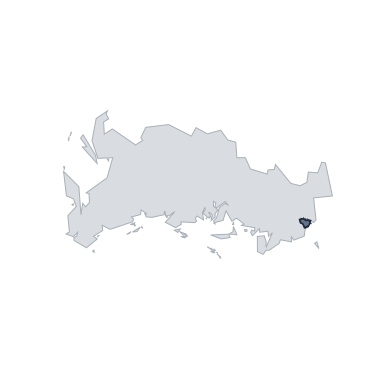 Smolensk on a map of Russia (Albers equal-area conic projection), rotated 240°
{"feature_id": "RUS-2343", "entity_name": "Smolensk", "entity_type": "Region", "adm_level": 1, "iso_a3": "RUS", "parent_name": "Russia", "parent_adm1": "", "projection": "albers", "projection_center": [33.375, 54.744], "detail": "fine", "context": "in_parent", "style": "filled", "palette": "slate", "viewbox_px": 384, "rotation_deg": 240, "n_neighbors": 0, "source": "natural_earth", "source_scale": "10m", "svg_char_len": 6235}
<svg xmlns="http://www.w3.org/2000/svg" viewBox="0 0 384 384"><g transform="rotate(240 192 192)"><path d="M303.6,145.8L304.5,159.3L302.5,156.6L297.0,156.4L296.9,150.5L285.9,144.9L286.5,154.5L261.0,166.6L261.3,175.1L264.6,174.8L271.1,184.3L262.1,205.4L240.7,219.4L245.7,227.7L234.7,234.3L231.2,247.7L219.0,249.0L213.3,254.8L199.2,248.0L195.0,255.4L182.8,254.1L169.9,266.1L173.1,268.9L170.3,274.5L174.1,278.0L150.0,281.9L143.4,288.7L142.9,296.3L151.1,302.7L145.8,310.4L152.9,319.3L150.4,322.1L118.4,311.6L126.1,294.3L105.8,285.5L104.8,282.0L108.1,280.5L104.3,272.3L97.7,267.1L99.4,256.1L103.5,255.7L99.1,253.2L106.4,244.7L103.8,241.5L103.0,229.8L104.5,227.1L102.5,222.4L107.7,218.9L120.9,226.4L117.9,232.7L111.3,231.2L108.9,229.3L107.3,229.0L116.5,241.2L115.3,236.2L120.1,238.1L123.3,230.5L126.5,232.0L123.9,222.5L127.7,222.6L129.2,224.6L126.9,226.7L129.7,228.5L138.3,218.2L138.3,220.9L147.1,217.6L146.7,211.9L158.7,212.1L151.9,204.7L154.2,196.2L156.0,196.0L157.2,200.2L164.8,207.9L165.7,215.1L162.1,216.7L167.2,216.0L165.9,205.6L167.3,204.1L170.6,207.1L173.1,206.1L168.8,203.4L163.7,205.6L161.6,201.1L158.6,199.4L157.8,194.3L161.8,198.0L165.3,197.0L166.0,196.4L160.8,196.0L162.4,192.8L168.4,190.9L170.0,194.8L172.1,195.3L168.9,190.7L162.0,188.0L168.6,184.4L167.7,181.9L164.3,181.3L164.1,179.1L171.7,167.4L169.4,166.7L169.3,160.1L179.1,153.7L183.6,167.5L183.0,160.1L184.7,157.3L188.1,158.7L188.8,158.8L189.0,158.4L186.3,156.6L190.0,144.7L193.4,139.9L196.9,140.4L195.4,142.0L201.9,139.0L198.2,136.2L200.7,127.0L197.7,127.9L195.9,125.7L200.6,102.4L208.2,97.5L203.3,95.4L202.9,84.6L198.7,86.4L196.5,72.7L209.0,65.6L211.6,66.9L211.3,70.1L214.3,72.8L212.7,66.9L218.6,61.9L218.8,65.9L233.5,72.6L237.4,84.6L245.4,85.9L251.4,81.3L274.1,91.1L253.2,96.7L227.7,84.4L236.9,91.7L232.3,92.5L234.3,98.0L242.0,102.0L244.2,99.9L246.7,125.4L261.3,140.5L268.2,127.3L286.5,131.1L303.6,145.8ZM145.4,186.8L137.2,202.6L133.5,202.2L136.8,193.8L145.4,186.8ZM264.1,124.1L285.8,119.5L283.8,123.5L294.4,122.4L296.0,126.3L272.1,126.8L264.1,124.1ZM132.5,209.5L137.1,203.1L137.1,207.6L141.4,210.6L132.5,209.5ZM187.5,129.7L185.2,124.6L187.1,120.4L187.5,129.7ZM158.7,163.1L164.1,161.4L158.9,165.5L158.7,163.1ZM155.9,162.6L159.1,160.1L156.2,165.0L155.9,162.6ZM164.1,159.5L167.8,157.6L165.9,163.5L164.1,159.5ZM188.2,119.4L187.4,116.9L188.0,114.2L188.2,119.4ZM79.5,273.6L86.3,272.5L86.3,275.2L79.5,273.6ZM123.5,183.5L125.7,182.5L121.5,184.5L123.5,183.5ZM192.6,125.3L194.7,122.4L194.0,127.0L192.6,125.3ZM133.3,218.8L131.8,220.8L130.6,220.0L131.2,218.1L133.3,218.8ZM127.6,181.6L129.5,180.5L130.7,180.7L127.6,181.6ZM134.3,179.1L133.8,180.5L132.2,180.7L132.3,179.9L134.3,179.1ZM136.3,178.4L134.6,179.0L136.8,177.7L136.3,178.4ZM143.5,210.9L145.3,213.0L143.0,211.8L143.5,210.9ZM158.4,164.3L157.9,165.8L156.6,166.0L158.4,164.3ZM128.4,180.0L130.8,178.9L130.2,179.9L128.4,180.0ZM190.3,76.2L190.8,77.9L188.7,77.2L190.3,76.2ZM121.4,183.3L123.1,183.3L119.8,184.0L121.4,183.3ZM153.9,195.3L152.2,196.6L153.8,195.2L153.9,195.3ZM182.4,157.4L184.1,157.3L182.6,158.3L182.4,157.4ZM200.1,87.4L201.2,88.6L200.9,89.5L200.1,87.4ZM131.7,181.6L130.4,181.7L132.4,181.3L131.7,181.6ZM130.7,179.8L131.6,180.2L130.1,180.3L130.7,179.8ZM297.7,110.7L299.3,111.3L301.5,113.3L297.7,110.7ZM129.6,182.3L130.7,182.7L129.6,183.0L129.6,182.3ZM162.1,192.6L161.3,194.1L160.9,194.2L162.1,192.6ZM241.0,81.7L241.0,83.5L239.8,82.2L241.0,81.7ZM191.3,125.4L192.4,126.1L191.5,126.4L191.3,125.4ZM260.5,135.3L262.6,135.1L262.0,136.2L260.5,135.3ZM275.2,92.5L278.2,93.7L277.4,94.3L275.2,92.5ZM127.8,183.0L126.8,183.6L126.4,183.5L127.8,183.0ZM161.6,190.4L162.0,191.5L161.6,191.4L161.6,190.4ZM186.5,130.5L187.1,131.3L185.7,130.9L186.5,130.5ZM303.7,117.2L301.4,114.2L304.2,117.2L303.7,117.2Z" fill="#d9dde1" stroke="#a8b0b8" stroke-width="1"/><path d="M104.4,274.4L104.4,274.2L104.4,273.9L104.2,273.7L104.0,273.4L104.1,273.2L104.3,273.0L104.3,272.9L104.2,272.8L104.2,272.7L104.3,272.6L104.3,272.4L104.3,272.2L104.5,271.9L104.6,271.7L104.9,271.7L105.0,271.8L105.0,271.7L105.2,271.8L105.3,271.7L105.4,271.8L105.5,271.8L105.5,271.7L105.8,271.7L106.0,271.7L106.1,271.8L106.2,271.7L106.3,271.7L106.5,271.6L106.7,271.8L106.8,271.9L106.7,271.9L106.7,272.0L106.8,272.0L107.0,271.9L107.1,272.0L107.3,272.0L107.3,271.9L107.5,271.9L107.8,272.0L108.0,272.0L108.2,271.9L108.2,272.0L108.3,272.0L108.5,272.0L108.8,272.1L109.0,272.1L109.2,271.9L109.3,271.9L109.6,271.9L109.9,271.7L110.0,271.5L110.0,271.4L110.2,271.2L110.3,271.0L110.5,271.0L110.5,270.9L110.6,270.7L110.8,270.6L111.1,270.6L111.3,270.5L111.5,270.6L111.5,270.8L111.7,270.7L111.8,270.8L112.0,270.9L112.1,271.0L112.3,271.0L112.5,270.9L113.1,270.8L113.4,270.9L113.5,271.0L113.6,271.3L113.7,271.5L113.8,271.5L113.7,271.6L113.8,271.7L113.7,271.7L113.7,271.8L113.8,271.9L113.8,272.0L113.9,272.3L113.7,272.3L113.7,272.5L113.7,272.8L113.7,273.1L113.7,273.3L113.9,273.6L113.8,273.8L113.7,273.8L113.8,273.8L113.7,273.9L113.7,274.0L113.6,274.3L113.4,274.5L113.2,274.7L113.2,274.8L113.1,275.0L113.0,274.9L112.9,274.9L112.8,275.0L112.9,275.3L113.0,275.4L112.9,275.4L112.8,275.5L112.7,275.6L112.4,275.8L112.2,275.8L112.0,275.7L111.9,275.7L111.9,275.8L112.0,275.8L112.0,276.0L111.9,276.3L111.8,276.5L111.7,276.7L111.4,276.4L111.2,276.2L111.1,276.3L111.0,276.2L110.8,276.2L110.7,276.2L110.4,276.2L110.3,276.3L110.2,276.4L110.2,276.5L110.1,276.8L110.2,277.1L110.3,277.1L110.2,277.2L110.2,277.3L110.1,277.5L110.0,277.8L109.9,277.9L110.0,277.9L110.0,278.0L109.9,278.0L109.7,278.1L109.8,278.2L109.9,278.3L109.7,278.3L109.8,278.4L109.7,278.5L109.6,278.4L109.4,278.5L109.3,278.8L109.4,279.0L109.2,279.1L109.2,279.3L108.9,279.6L108.6,279.8L108.5,280.0L108.4,280.4L108.4,280.5L108.4,280.4L108.2,280.5L108.1,280.4L107.9,280.4L107.9,280.2L107.8,280.3L107.7,280.2L107.4,279.9L107.4,279.7L107.6,279.6L107.5,279.4L107.4,279.4L107.2,279.3L107.2,279.2L106.9,279.1L106.7,279.0L106.2,279.1L105.9,279.1L106.0,279.0L106.0,278.8L106.1,278.7L106.2,278.4L106.1,278.1L105.9,277.9L105.6,277.8L105.4,277.7L105.0,277.4L105.0,277.2L104.9,276.8L104.8,276.6L104.7,276.5L104.6,276.4L104.6,276.2L104.7,275.9L104.6,275.7L104.4,275.7L104.0,275.3L103.9,275.3L103.9,275.2L104.0,275.0L104.0,274.9L104.0,274.7L104.3,274.6L104.2,274.5L104.2,274.4L104.3,274.4L104.4,274.4Z" fill="#64748b" stroke="#1e293b" stroke-width="1.5"/></g></svg>